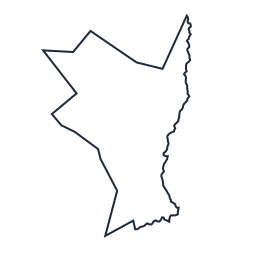 outline of Aroazes, Piauí, Brazil, rotated 263°
{"feature_id": "56859067B8295879910763", "entity_name": "Aroazes", "entity_type": "district", "adm_level": 2, "iso_a3": "BRA", "parent_name": "Brazil", "parent_adm1": "Piauí", "projection": "albers", "projection_center": [-41.863, -6.125], "detail": "fine", "context": "isolated", "style": "outline", "palette": "slate", "viewbox_px": 256, "rotation_deg": 263, "n_neighbors": 0, "source": "geoboundaries", "source_scale": "gbopen_adm2", "svg_char_len": 2079}
<svg xmlns="http://www.w3.org/2000/svg" viewBox="0 0 256 256"><g transform="rotate(263 128 128)"><path d="M228.9,102.6L210.1,82.8L215.4,53.2L171.9,79.2L168.6,81.2L151.1,54.1L138.7,62.3L130.6,74.8L126.0,79.6L110.7,95.8L100.4,97.0L87.6,101.9L69.4,108.7L67.1,109.6L23.7,92.3L35.4,121.9L26.6,122.8L26.4,124.5L27.1,126.4L28.3,128.1L28.4,130.2L28.9,132.3L30.2,134.0L31.0,135.5L29.9,137.1L29.4,139.2L30.3,140.7L32.1,141.9L33.0,144.2L31.7,145.9L31.4,147.8L32.6,149.2L34.0,150.2L35.2,150.9L34.7,152.5L32.6,153.0L32.0,154.4L31.0,156.0L30.0,157.5L31.7,157.7L33.4,158.3L34.8,158.9L36.0,159.8L35.8,162.3L35.5,164.1L35.8,165.4L36.3,167.0L38.1,167.1L40.4,167.8L42.7,168.6L42.9,167.0L44.4,165.8L46.9,165.4L47.7,164.2L48.8,163.0L49.6,161.7L51.3,161.8L53.2,161.0L55.8,160.8L61.6,158.3L63.0,157.6L66.4,156.0L71.3,156.1L76.1,155.2L77.9,155.7L79.3,157.1L80.4,158.4L83.7,157.7L86.3,158.7L88.1,159.4L89.1,160.5L90.7,161.7L92.1,162.9L93.7,163.5L95.2,164.0L95.4,162.0L96.9,160.0L98.9,160.4L99.5,161.7L101.2,163.6L103.6,164.6L106.0,165.4L107.3,166.4L110.1,166.0L112.5,166.1L114.0,165.8L115.4,166.2L116.9,167.8L118.0,169.8L118.6,171.5L119.0,173.3L120.7,173.9L122.0,174.9L123.4,174.3L124.9,174.1L126.4,175.6L127.4,177.2L128.7,178.7L130.6,179.2L132.2,180.1L134.0,180.3L135.9,180.9L137.3,181.1L138.8,182.1L139.8,183.7L141.6,184.9L144.2,185.8L145.8,187.4L146.8,188.6L147.9,190.0L149.6,190.4L150.8,191.5L151.9,192.7L153.5,192.0L154.7,191.2L156.9,191.8L159.8,191.5L161.7,191.8L163.5,191.8L165.0,191.1L166.5,190.8L168.8,191.2L171.1,191.8L173.3,191.1L174.6,190.1L175.8,191.1L177.1,193.1L179.4,192.7L181.1,193.0L182.7,193.2L184.9,194.0L185.7,195.4L186.6,196.6L187.9,198.0L190.1,197.5L192.4,197.9L194.2,197.3L196.0,197.0L197.9,196.2L199.5,196.9L200.7,198.5L202.3,198.9L204.2,198.5L205.9,197.9L207.1,197.0L208.3,197.9L209.0,199.1L210.5,199.4L211.9,200.5L213.4,201.7L215.2,200.6L216.9,200.8L218.4,200.2L220.0,200.9L221.0,202.7L222.7,202.8L224.2,202.4L224.6,200.6L226.3,200.1L229.0,201.1L231.0,200.7L232.3,200.0L182.5,169.5L192.0,144.6L197.9,137.8L228.9,102.6Z" fill="none" stroke="#1e293b" stroke-width="2"/></g></svg>